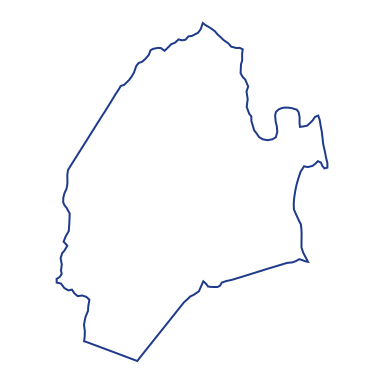 the district of Santa Filomena do Maranhão, Maranhão, Brazil
{"feature_id": "56859067B3232589496952", "entity_name": "Santa Filomena do Maranhão", "entity_type": "district", "adm_level": 2, "iso_a3": "BRA", "parent_name": "Brazil", "parent_adm1": "Maranhão", "projection": "equal_earth", "projection_center": [-44.593, -5.518], "detail": "fine", "context": "isolated", "style": "outline", "palette": "blue", "viewbox_px": 384, "rotation_deg": 0, "n_neighbors": 0, "source": "geoboundaries", "source_scale": "gbopen_adm2", "svg_char_len": 2322}
<svg xmlns="http://www.w3.org/2000/svg" viewBox="0 0 384 384"><path d="M239.8,47.9L236.3,48.0L231.1,46.6L228.3,43.3L223.8,40.2L220.2,36.8L217.3,34.2L214.9,31.2L210.0,27.7L205.5,25.1L202.8,23.0L200.7,29.2L198.1,32.7L192.0,35.9L188.4,36.4L185.4,39.8L181.8,40.3L178.6,39.4L175.0,42.7L171.1,44.2L169.1,46.4L164.6,50.8L161.0,48.1L158.0,47.9L153.2,48.8L150.5,50.3L148.9,54.7L147.0,57.0L145.1,59.2L142.0,61.8L138.6,63.0L136.3,65.9L133.9,72.7L131.6,76.6L129.1,80.0L124.2,84.8L120.7,86.0L118.8,89.3L117.1,91.9L115.3,94.6L111.5,100.9L104.8,111.7L101.9,116.1L88.7,137.1L69.9,166.9L68.0,170.1L67.3,174.9L67.4,179.1L67.4,184.0L66.5,188.8L64.5,193.1L63.3,197.7L63.2,202.3L64.5,205.3L66.5,207.7L69.7,213.6L69.4,221.8L68.8,230.9L65.5,236.8L63.6,241.7L67.3,245.7L64.4,250.7L62.2,253.1L60.6,258.3L61.8,264.4L61.0,270.3L61.7,274.0L59.7,277.0L56.6,278.9L56.7,282.6L60.9,283.5L64.3,288.0L68.3,290.4L71.9,289.6L74.4,293.3L77.6,296.1L82.2,295.5L86.2,296.8L89.4,299.7L88.3,306.2L88.0,310.9L85.6,316.7L84.7,320.6L84.0,325.0L84.8,330.6L84.7,336.5L84.1,341.3L87.6,342.4L137.3,361.0L140.6,356.7L183.9,302.4L186.7,299.9L190.2,296.5L193.7,294.8L198.9,291.3L203.3,281.3L206.0,283.7L208.0,286.5L210.7,286.9L213.7,287.0L217.6,287.0L220.0,285.7L221.8,282.6L226.1,281.1L232.0,279.8L240.0,277.4L267.8,268.7L287.1,262.9L292.3,262.4L295.9,261.1L299.2,259.2L302.0,260.0L304.9,261.2L308.0,261.8L303.3,252.9L301.5,247.6L301.5,242.9L301.6,233.4L301.4,228.9L300.8,224.2L299.2,221.2L296.0,214.2L293.9,209.5L293.7,203.7L294.2,197.7L295.4,190.1L296.6,184.5L298.4,178.3L300.6,171.6L304.1,166.3L307.8,167.1L312.7,165.8L315.5,163.6L317.8,161.2L320.9,162.5L322.4,166.0L324.5,168.4L327.4,167.6L327.4,163.0L325.9,157.1L325.0,152.0L323.3,144.7L322.2,135.3L321.8,131.7L320.6,125.6L319.7,119.8L318.2,115.6L315.0,116.9L312.8,120.2L310.2,122.9L307.1,125.7L302.9,126.5L300.0,126.9L299.5,122.9L299.6,117.1L298.6,112.2L296.7,109.6L294.2,108.9L291.6,108.1L287.8,107.6L284.4,107.6L281.7,108.1L278.5,109.5L275.9,112.0L275.1,115.6L275.7,121.9L276.8,126.1L277.3,131.9L275.8,137.3L272.4,139.3L267.5,140.2L262.8,139.3L259.1,137.1L256.1,132.8L254.2,130.4L251.4,121.1L251.3,116.5L249.2,113.7L246.7,106.9L247.7,99.1L246.5,91.5L248.2,86.5L246.7,83.1L245.2,79.5L242.9,77.2L240.6,73.3L241.0,64.3L242.2,60.3L242.1,54.0L242.7,49.3L239.8,47.9Z" fill="none" stroke="#1e3a8a" stroke-width="2"/></svg>